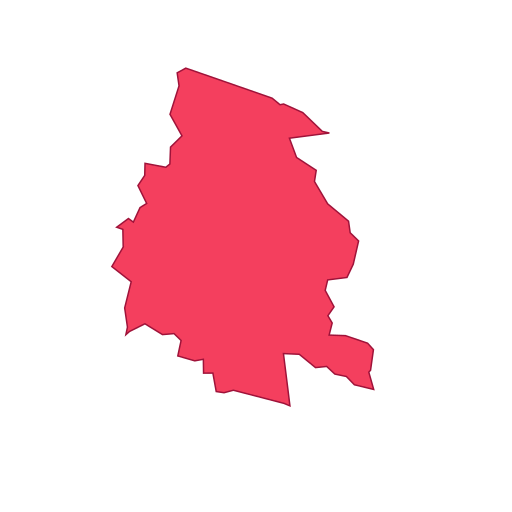 Logan, West Virginia, United States of America (Natural Earth projection), rotated 38°
{"feature_id": "52423323B11034045930208", "entity_name": "Logan", "entity_type": "district", "adm_level": 2, "iso_a3": "USA", "parent_name": "United States of America", "parent_adm1": "West Virginia", "projection": "natural_earth1", "projection_center": [-81.913, 37.833], "detail": "fine", "context": "isolated", "style": "filled", "palette": "rose", "viewbox_px": 512, "rotation_deg": 38, "n_neighbors": 0, "source": "geoboundaries", "source_scale": "gbopen_adm2", "svg_char_len": 1090}
<svg xmlns="http://www.w3.org/2000/svg" viewBox="0 0 512 512"><g transform="rotate(38 256 256)"><path d="M85.0,151.2L81.1,160.2L90.6,169.3L101.0,197.3L123.7,206.9L121.6,222.8L131.5,236.5L130.3,241.6L111.5,251.3L118.7,261.0L119.6,273.2L137.5,281.9L134.8,289.2L138.5,304.8L132.4,305.0L128.5,319.1L134.7,317.0L145.5,330.3L145.8,330.4L148.9,353.1L173.5,353.1L184.5,377.8L198.5,391.2L201.9,398.1L202.8,393.3L210.2,377.8L230.7,375.5L239.2,367.6L249.0,368.7L255.9,382.9L272.3,376.3L278.1,369.8L286.8,380.6L294.1,374.8L308.1,387.3L315.0,383.4L320.8,375.7L368.8,354.9L375.0,353.2L364.6,342.8L337.7,316.0L350.6,306.8L371.6,307.3L379.7,299.5L390.8,300.5L401.4,295.3L412.8,296.9L430.9,288.7L416.4,278.1L416.6,275.5L406.2,257.5L397.6,256.0L375.5,263.7L362.3,273.3L357.3,261.9L349.4,258.8L348.8,248.0L331.7,240.5L327.2,230.7L340.9,216.9L337.7,202.6L327.6,181.0L315.9,179.7L307.5,171.6L280.4,170.8L256.2,161.3L250.7,151.4L227.3,153.4L209.8,142.6L238.1,113.9L231.5,117.0L204.7,114.2L184.2,119.2L181.8,122.0L171.6,121.7L122.5,138.4L85.0,151.2Z" fill="#f43f5e" stroke="#9f1239" stroke-width="1.5"/></g></svg>